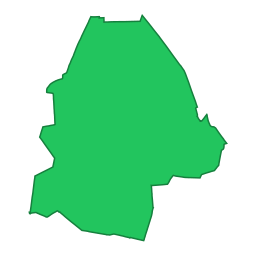 Cenei, Timis, Romania
{"feature_id": "2599482B59079858547145", "entity_name": "Cenei", "entity_type": "district", "adm_level": 2, "iso_a3": "ROU", "parent_name": "Romania", "parent_adm1": "Timis", "projection": "mercator", "projection_center": [20.902, 45.729], "detail": "fine", "context": "isolated", "style": "filled", "palette": "green", "viewbox_px": 256, "rotation_deg": 0, "n_neighbors": 0, "source": "geoboundaries", "source_scale": "gbopen_adm2", "svg_char_len": 5559}
<svg xmlns="http://www.w3.org/2000/svg" viewBox="0 0 256 256"><path d="M226.7,143.4L224.0,139.9L223.5,139.0L221.4,136.3L219.3,133.4L218.3,132.0L215.6,128.0L214.4,127.2L214.0,126.9L213.6,126.8L212.9,126.8L212.0,126.7L211.0,126.3L210.3,125.6L209.8,124.8L209.5,124.0L208.8,122.4L208.6,121.9L208.5,121.7L208.4,121.2L208.1,120.7L208.1,120.4L207.9,119.8L207.9,119.3L207.6,118.4L207.5,117.7L207.3,117.1L207.2,116.4L207.1,115.6L207.1,115.1L206.8,114.5L205.6,116.0L204.0,118.2L202.0,120.7L201.5,121.1L201.1,121.2L200.6,121.3L200.3,121.2L200.6,120.7L200.2,120.6L199.8,120.4L198.8,119.2L198.2,118.1L197.6,117.0L197.5,116.5L197.1,116.4L197.4,115.3L197.4,114.7L197.0,113.3L196.5,111.3L195.8,108.7L195.7,108.2L195.9,107.9L196.2,107.7L196.7,107.4L197.0,107.2L197.3,107.1L196.2,104.0L195.5,101.7L191.4,90.5L188.7,82.6L185.9,75.0L185.3,73.4L184.0,70.5L183.5,69.8L181.4,66.8L180.9,66.0L179.5,64.5L176.6,60.5L173.3,56.0L167.7,48.2L166.7,46.8L163.4,42.4L159.9,37.7L159.0,36.4L155.2,31.7L149.1,23.9L142.2,15.4L142.1,15.6L140.1,21.3L123.8,21.7L119.9,21.7L111.6,21.8L107.7,22.0L106.3,22.0L104.0,22.1L104.0,21.2L103.9,18.9L103.9,17.7L102.2,17.8L100.7,17.8L99.5,17.8L99.3,17.9L99.3,16.7L98.4,16.7L94.9,16.9L93.8,16.9L91.2,16.8L90.9,16.7L89.4,19.9L88.8,21.2L88.7,21.7L84.0,31.3L82.6,34.3L81.8,35.9L81.1,37.6L80.3,39.4L79.4,41.0L78.4,43.2L77.9,44.2L77.7,44.7L77.0,46.4L76.2,48.3L75.7,49.6L74.9,51.8L74.4,52.9L73.9,54.4L73.6,55.1L73.4,55.9L72.9,56.8L72.8,57.1L72.6,57.5L71.7,59.3L70.9,61.2L70.5,62.4L69.7,64.2L69.4,64.7L69.0,65.7L68.8,66.2L68.7,66.7L68.6,67.2L68.4,67.8L68.3,68.1L67.8,69.5L67.6,70.1L67.5,70.4L67.4,70.6L67.2,71.3L66.5,72.9L65.2,73.5L63.1,74.6L62.9,74.8L62.7,75.2L62.7,75.8L62.7,76.8L62.6,78.2L62.5,78.5L62.2,78.8L61.8,78.9L61.0,79.1L60.2,79.3L57.9,80.0L56.8,80.5L55.9,80.8L54.8,81.4L54.0,81.8L52.9,82.4L52.2,82.9L51.6,83.3L51.4,83.3L50.4,84.2L50.1,84.4L49.9,84.7L49.2,85.6L48.0,87.2L47.3,88.0L47.0,88.6L46.9,89.2L46.8,89.4L46.7,90.7L46.7,91.2L46.7,92.2L46.7,92.3L46.8,92.4L47.2,92.5L47.6,92.6L48.6,92.7L50.9,93.0L51.2,93.0L51.7,93.1L52.9,93.4L53.1,93.6L53.2,94.0L53.3,94.5L53.4,95.4L53.4,95.8L53.5,96.8L53.5,97.8L53.5,98.7L53.6,99.8L53.7,100.9L53.8,101.7L53.8,102.3L53.8,102.7L53.9,103.8L53.9,104.5L54.0,106.0L54.1,108.5L54.2,109.6L54.3,111.0L54.3,111.3L54.3,111.7L54.3,112.2L54.4,112.5L54.4,113.5L54.5,114.2L54.6,114.8L54.6,115.6L54.7,116.4L54.7,118.0L54.8,119.0L54.8,120.2L54.9,121.7L54.9,122.3L55.0,123.3L55.0,123.7L55.0,123.8L55.0,124.3L55.0,124.5L54.3,124.8L52.8,125.1L50.4,125.5L48.8,125.9L46.5,126.2L42.9,126.9L42.3,128.9L42.1,129.5L41.5,131.3L40.8,133.6L40.2,135.7L39.7,137.1L42.5,140.9L44.4,143.7L45.6,145.4L49.6,151.0L51.8,154.1L52.9,155.7L53.5,156.6L54.0,157.2L54.4,157.5L54.5,157.6L54.5,158.3L54.6,158.5L54.5,159.0L54.4,159.5L54.3,159.9L54.2,160.3L54.1,160.8L54.0,161.3L53.9,162.0L53.8,162.4L53.7,162.9L53.5,163.7L53.4,164.6L53.2,165.1L53.1,165.5L53.1,166.0L53.0,166.4L52.9,167.0L48.8,169.1L45.4,170.8L41.6,172.7L34.9,176.1L34.9,176.4L35.0,176.5L34.4,180.4L33.2,190.1L32.9,192.9L32.2,197.1L31.7,201.3L31.0,206.8L30.3,211.5L30.2,212.1L29.3,212.2L29.4,212.6L29.6,213.5L30.0,213.4L30.2,213.5L30.2,213.3L30.3,213.1L30.3,213.3L30.5,213.4L31.3,213.1L31.7,213.0L32.4,212.9L33.1,212.8L33.5,212.8L34.2,212.7L34.8,212.6L35.7,212.5L36.1,212.6L36.7,212.7L36.8,212.9L37.1,213.0L37.4,213.2L37.9,213.4L38.3,213.5L38.9,213.7L39.1,213.8L38.8,213.8L39.3,214.0L39.8,214.2L40.2,214.4L40.6,214.5L41.0,214.7L41.5,214.9L42.2,215.2L42.6,215.3L42.8,215.4L43.2,215.6L44.5,216.1L44.8,216.2L45.1,216.4L45.2,216.5L45.6,216.7L46.0,216.9L46.7,217.0L47.0,217.1L48.2,216.5L48.4,216.3L48.5,216.3L49.4,215.7L50.6,214.8L51.2,214.4L52.0,213.9L52.9,213.2L53.4,213.1L54.0,212.6L54.4,212.5L54.8,212.2L55.6,211.9L56.1,211.5L56.7,211.2L57.3,210.8L57.7,211.0L58.6,211.7L59.0,212.1L60.0,212.1L60.1,212.4L60.3,212.6L63.3,215.1L65.2,216.8L68.8,219.8L70.6,221.3L72.6,222.9L74.5,224.4L77.6,226.9L78.5,227.6L81.9,230.4L83.4,230.6L88.1,231.3L88.5,231.5L89.3,231.7L102.2,233.9L105.8,234.5L106.0,234.5L106.4,234.7L106.6,234.8L107.0,234.8L108.3,234.8L109.7,235.0L110.5,234.8L112.0,234.4L113.9,234.0L119.3,235.2L120.8,235.6L122.7,236.0L123.2,236.1L124.2,236.4L124.9,236.6L125.2,236.7L129.2,237.6L129.9,237.7L130.0,237.9L130.3,237.6L130.6,237.5L132.0,237.9L135.9,238.8L137.5,239.2L143.7,240.6L144.0,239.8L144.1,239.7L144.4,238.3L144.9,236.9L145.1,236.3L145.4,235.0L145.7,234.1L147.1,229.8L147.6,228.1L148.2,226.3L149.1,223.4L149.7,221.4L149.9,221.0L149.9,220.7L150.0,220.4L150.2,220.0L150.4,219.1L150.6,218.5L150.8,218.1L150.9,217.6L151.1,217.1L151.3,216.5L151.4,216.0L151.7,214.9L151.8,214.3L152.1,212.9L152.1,212.4L152.2,211.8L152.3,211.0L152.4,210.5L152.6,209.8L152.7,209.3L152.9,208.6L153.1,208.1L153.3,207.7L153.0,207.5L152.4,200.0L152.1,196.8L152.0,195.9L152.0,194.7L152.0,194.0L151.9,193.0L151.8,192.5L151.8,192.0L151.7,191.0L151.7,190.1L151.6,188.8L151.6,188.3L151.5,187.6L151.4,187.3L151.4,187.1L151.5,186.7L151.4,186.0L151.3,185.4L151.7,185.5L154.9,185.3L162.8,184.7L167.5,184.2L168.7,182.4L169.9,180.0L170.5,178.9L172.8,175.9L173.3,175.4L173.5,175.5L175.9,176.1L178.9,176.5L182.4,177.0L184.7,177.4L189.2,177.6L190.7,177.6L200.0,177.9L200.9,175.9L201.5,174.6L205.9,173.1L209.6,172.0L211.7,171.3L213.7,170.8L214.1,170.7L214.6,170.4L214.8,170.1L215.3,169.4L215.9,168.7L216.3,168.2L217.1,167.1L217.9,166.2L218.3,165.8L218.7,165.3L218.8,164.7L218.8,164.2L219.8,158.7L220.7,154.0L221.5,150.2L222.0,150.0L222.6,149.6L222.8,149.4L223.2,149.2L223.4,148.9L223.6,148.5L223.8,147.9L223.9,147.3L224.0,146.1L224.0,144.7L224.1,144.3L224.3,144.1L226.7,143.4Z" fill="#22c55e" stroke="#15803d" stroke-width="1.5"/></svg>